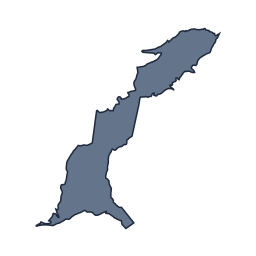 the district of Moravia, San José, Costa Rica, rotated 185°
{"feature_id": "36466004B8745227271040", "entity_name": "Moravia", "entity_type": "district", "adm_level": 2, "iso_a3": "CRI", "parent_name": "Costa Rica", "parent_adm1": "San José", "projection": "orthographic", "projection_center": [-84.02, 10.01], "detail": "fine", "context": "isolated", "style": "filled", "palette": "slate", "viewbox_px": 256, "rotation_deg": 185, "n_neighbors": 0, "source": "geoboundaries", "source_scale": "gbopen_adm2", "svg_char_len": 5829}
<svg xmlns="http://www.w3.org/2000/svg" viewBox="0 0 256 256"><g transform="rotate(185 128 128)"><path d="M113.9,34.0L127.5,48.3L130.3,48.3L132.3,49.8L133.0,50.2L133.4,50.5L134.1,51.4L135.6,52.3L135.9,52.7L136.2,53.4L136.3,54.5L136.8,55.6L137.2,56.0L139.0,57.4L139.4,61.4L139.3,66.3L142.0,70.8L142.3,73.6L143.8,75.1L144.4,75.6L145.7,76.1L145.9,76.8L146.0,78.6L145.7,80.0L145.7,81.6L144.7,84.6L144.7,85.2L144.9,85.6L145.0,86.5L145.0,89.1L144.7,90.3L144.6,92.6L144.7,93.5L144.9,94.2L144.8,98.5L143.9,100.9L142.7,102.9L142.6,103.7L142.1,104.9L142.1,105.3L141.6,105.6L139.6,104.8L138.8,104.8L138.2,105.2L137.0,106.9L136.2,107.6L134.8,108.5L133.3,108.8L132.7,109.1L131.8,109.8L130.8,110.8L130.1,111.3L128.9,111.3L128.4,111.5L128.1,112.0L127.9,113.1L128.1,114.9L128.1,115.8L128.0,116.1L127.4,116.3L127.0,116.6L126.4,117.6L125.9,118.2L124.3,119.3L123.3,120.2L119.3,151.3L118.7,158.8L118.2,160.0L116.1,160.1L115.8,160.3L115.0,160.3L114.8,160.4L114.1,160.4L113.5,160.8L112.1,160.8L111.3,160.4L110.8,160.4L109.2,161.3L107.9,161.4L107.4,162.0L107.2,162.7L107.0,163.8L106.6,164.3L106.2,164.7L105.6,164.9L104.9,164.9L104.9,164.2L105.2,163.8L105.2,163.1L104.9,162.8L102.7,162.4L102.3,162.5L101.8,163.4L101.2,163.9L99.7,164.6L99.2,164.6L98.5,165.0L97.6,165.6L95.7,167.6L94.6,168.6L94.4,168.9L92.2,170.4L91.1,170.8L90.3,170.9L87.7,170.9L85.9,170.1L85.9,170.3L86.5,171.0L88.7,172.3L90.0,174.1L89.8,174.2L89.3,174.4L88.0,174.4L87.6,174.7L87.5,175.6L87.8,176.2L87.8,176.8L85.9,178.2L84.7,178.5L84.2,179.4L84.2,179.7L84.7,181.2L84.7,181.6L84.4,181.9L83.0,182.1L82.4,181.0L81.9,180.7L81.2,180.6L81.1,182.0L81.0,182.3L79.6,184.3L79.4,184.9L78.8,185.8L78.4,186.3L77.7,187.8L76.9,188.7L76.2,189.4L74.7,189.3L73.5,189.8L72.7,189.9L71.7,189.9L70.2,189.3L69.4,189.1L68.1,188.9L66.5,189.1L66.8,190.0L67.4,190.8L68.3,191.7L69.3,192.3L70.1,193.3L70.0,194.3L69.4,195.3L69.3,195.7L68.9,196.2L68.5,196.3L65.8,196.2L65.0,197.5L64.4,201.0L63.7,202.3L62.3,204.2L61.7,204.7L61.1,205.1L60.2,205.9L56.1,208.8L53.3,210.1L52.9,210.5L52.5,211.4L52.0,213.9L51.4,215.7L50.4,217.5L49.7,219.5L49.1,220.2L48.4,221.5L48.1,224.1L47.8,224.5L46.9,225.4L45.2,230.0L46.1,229.3L46.6,229.1L47.7,228.0L48.4,227.7L48.8,227.7L49.8,228.5L50.0,229.7L51.6,229.7L51.8,230.2L52.0,230.5L55.4,231.3L55.5,231.8L55.8,232.1L59.2,232.6L59.6,233.5L59.8,233.7L60.3,233.8L60.9,233.6L61.3,232.9L62.9,232.9L64.5,232.3L65.5,232.1L68.3,232.1L69.3,232.2L69.8,232.4L71.5,232.4L72.3,232.0L73.3,232.0L74.5,231.3L75.3,231.2L75.7,230.7L76.4,230.2L77.1,229.9L78.7,230.0L78.9,229.5L78.9,229.1L79.0,229.0L80.8,229.6L82.3,229.4L84.7,228.3L85.2,227.5L85.6,226.4L87.9,223.5L89.7,222.2L91.1,221.5L94.8,217.3L95.0,217.9L96.2,218.7L97.5,216.5L102.4,212.2L105.2,210.9L106.0,210.2L106.7,209.9L107.7,209.1L116.8,206.8L120.0,206.6L120.9,205.7L120.5,205.2L119.8,204.7L108.7,204.8L108.0,204.1L106.9,203.5L105.2,205.4L104.5,205.6L101.4,205.6L101.3,204.9L101.4,204.6L101.5,204.1L101.7,203.7L103.1,201.4L103.7,200.2L104.7,199.0L105.6,198.2L106.3,197.9L107.0,197.3L107.3,197.3L107.4,197.0L108.5,196.4L109.2,196.2L109.6,195.8L110.1,195.8L110.7,195.5L110.9,195.4L111.7,194.8L113.6,194.0L114.6,193.3L115.6,192.2L116.6,191.4L116.8,191.4L117.1,191.1L117.7,190.8L121.3,189.9L122.4,189.5L124.2,189.3L124.1,188.6L123.2,185.1L123.1,183.3L123.3,182.8L123.5,182.5L123.8,180.7L124.0,180.0L124.0,179.0L124.3,178.1L124.7,176.9L125.3,175.7L125.5,175.6L126.0,174.6L126.0,172.5L125.5,171.0L125.4,170.5L123.9,167.6L123.7,166.5L124.1,166.0L126.3,165.2L127.8,164.9L128.2,164.7L128.8,164.5L128.8,164.3L129.7,164.0L130.5,163.5L131.2,163.4L131.3,163.2L131.2,163.0L129.8,160.9L129.8,159.8L130.1,159.4L130.7,159.1L131.1,158.8L131.3,158.8L131.9,158.2L133.6,157.0L136.0,156.3L137.0,156.1L137.5,157.3L138.2,158.0L139.0,158.3L139.8,158.3L140.4,157.9L140.4,157.7L140.9,157.2L141.3,155.9L141.3,155.5L139.7,153.8L139.2,152.8L139.0,151.4L139.2,151.0L140.8,150.8L141.8,150.5L142.1,150.2L143.3,147.2L144.1,146.4L144.2,143.9L148.0,143.8L148.5,143.9L149.4,144.9L149.9,145.2L150.2,145.0L150.5,143.8L151.0,143.2L150.9,143.4L152.0,142.9L152.6,142.5L153.4,142.0L155.0,141.5L155.5,141.5L156.3,141.1L157.9,140.9L158.6,141.7L159.5,142.3L159.9,142.8L160.4,142.8L160.8,142.2L162.3,109.9L167.0,107.2L171.1,107.2L172.7,106.3L176.2,106.2L176.8,105.0L178.5,102.7L178.6,102.4L180.3,100.4L181.4,98.0L182.7,95.9L183.2,94.7L185.3,90.4L185.7,89.5L186.0,87.5L186.1,82.8L185.9,82.2L185.9,81.6L185.7,81.0L184.4,79.3L185.1,70.5L185.3,69.5L185.7,68.9L185.7,67.1L185.8,66.9L186.9,66.1L187.8,66.0L189.4,65.5L189.6,65.3L189.8,64.5L189.9,63.7L189.9,62.6L189.8,62.1L189.2,61.4L188.9,60.4L188.0,59.2L187.8,58.1L187.8,57.5L188.5,55.2L188.7,54.1L188.7,49.8L189.2,48.3L190.3,46.6L190.8,45.5L190.9,43.9L190.6,42.1L190.6,40.9L190.9,40.6L191.2,40.5L191.9,40.5L192.8,40.9L191.3,37.3L189.5,34.3L189.2,33.7L189.2,32.9L189.3,32.8L189.6,32.9L190.2,33.2L192.2,35.7L192.8,36.1L193.2,36.3L193.8,36.3L194.6,36.5L195.1,36.0L195.3,35.6L195.6,33.6L195.9,32.9L196.9,31.4L197.5,30.7L198.9,28.6L197.6,28.4L196.7,28.1L196.6,27.1L197.1,26.6L198.1,26.1L199.7,25.7L202.7,25.6L203.9,25.9L205.9,26.7L206.6,26.8L207.3,24.8L207.8,24.8L208.4,24.6L208.7,24.6L209.1,24.1L209.7,23.5L210.8,23.1L210.8,22.3L210.3,22.2L209.5,22.7L206.0,23.7L203.1,24.2L202.3,24.2L201.5,24.4L197.1,24.4L194.4,24.2L192.2,25.4L190.9,26.3L189.8,26.8L188.4,27.2L187.5,27.7L185.9,28.9L183.6,30.4L182.4,31.6L181.1,31.9L179.1,31.9L178.7,32.1L177.5,33.1L176.1,34.8L173.4,37.0L171.6,37.8L170.1,38.7L168.3,39.5L163.7,42.3L161.4,40.7L160.3,40.8L159.2,41.0L156.8,41.0L155.0,39.9L154.0,38.9L153.2,38.4L152.9,38.3L151.3,38.3L150.6,38.5L148.4,39.6L145.4,41.6L144.5,42.0L143.8,42.5L142.4,43.0L142.5,42.3L142.8,41.6L142.7,41.2L141.9,41.0L139.6,41.0L138.1,40.3L137.1,39.5L135.5,38.8L133.8,37.4L128.9,35.5L126.5,35.0L126.3,34.1L126.1,33.0L125.6,31.6L125.1,31.0L123.7,29.9L122.0,28.2L121.3,27.7L113.9,34.0Z" fill="#64748b" stroke="#1e293b" stroke-width="1.5"/></g></svg>